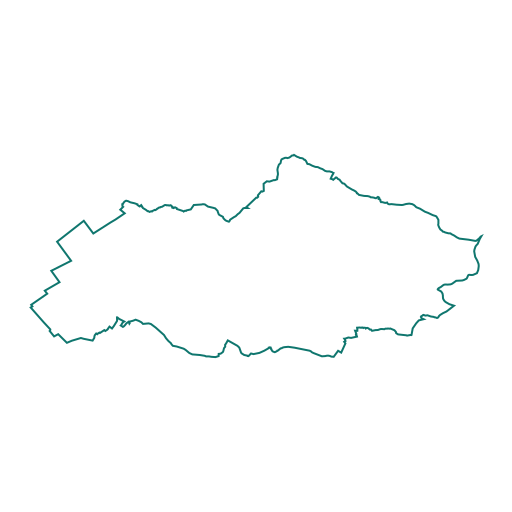 Frumoasa, Harghita, Romania (Equal Earth projection)
{"feature_id": "2599482B33040841725403", "entity_name": "Frumoasa", "entity_type": "district", "adm_level": 2, "iso_a3": "ROU", "parent_name": "Romania", "parent_adm1": "Harghita", "projection": "equal_earth", "projection_center": [25.919, 46.451], "detail": "fine", "context": "isolated", "style": "outline", "palette": "teal", "viewbox_px": 512, "rotation_deg": 0, "n_neighbors": 0, "source": "geoboundaries", "source_scale": "gbopen_adm2", "svg_char_len": 6095}
<svg xmlns="http://www.w3.org/2000/svg" viewBox="0 0 512 512"><path d="M66.9,342.8L71.9,340.7L80.9,338.0L83.7,338.8L92.6,340.6L94.2,338.0L94.4,337.1L94.4,336.4L94.8,335.2L96.2,333.5L97.3,334.2L98.2,333.3L99.4,332.6L99.9,333.0L104.3,330.1L105.3,331.0L107.0,329.9L107.8,329.2L107.8,328.9L109.5,326.6L112.0,328.5L113.8,326.1L117.0,321.0L117.1,320.5L117.0,317.4L117.4,317.4L119.1,318.9L124.2,321.5L123.1,322.2L122.4,323.0L121.2,325.1L120.8,325.5L122.9,326.9L123.9,326.3L125.3,324.8L126.4,323.3L128.7,321.7L129.4,323.6L129.6,323.3L129.4,323.0L129.2,322.1L130.5,321.4L133.1,320.7L135.6,319.7L138.8,320.9L141.4,322.3L143.0,323.9L148.6,323.4L150.9,324.0L155.7,327.6L164.0,335.0L166.0,338.2L168.3,340.9L171.0,343.3L171.3,344.0L172.8,345.8L176.7,346.5L183.7,348.7L185.6,349.9L189.3,353.0L192.3,354.4L199.8,355.0L204.7,355.8L206.1,356.4L209.0,356.4L211.3,356.8L215.5,357.1L218.6,356.1L218.7,353.9L220.6,353.7L222.8,352.1L223.3,351.1L224.0,348.2L225.2,346.7L225.1,344.8L226.0,343.6L227.8,340.4L237.4,345.8L239.1,347.4L239.4,347.9L241.1,352.7L241.7,353.4L244.2,355.0L247.2,355.6L247.5,356.0L248.5,356.1L251.0,353.5L253.5,354.1L259.4,352.9L264.3,350.7L268.8,348.1L268.8,347.6L269.8,347.3L270.5,347.5L270.4,347.9L270.9,348.2L271.0,349.0L271.5,349.3L271.7,350.2L272.4,351.1L273.1,351.6L274.8,352.2L275.9,351.7L277.5,350.8L277.5,350.6L278.0,350.5L280.6,348.4L281.8,348.2L282.4,347.7L284.1,347.2L288.2,346.8L294.6,347.7L309.6,350.7L310.9,351.3L311.8,352.2L313.4,353.0L321.9,356.3L325.1,356.1L326.9,355.7L328.6,355.7L330.0,356.0L331.3,356.6L333.7,356.8L338.1,350.8L341.2,352.6L345.4,343.4L344.2,341.8L345.5,341.0L344.9,339.6L344.3,338.7L345.3,338.6L348.3,337.5L351.1,337.9L357.0,336.6L356.9,336.1L355.9,334.9L355.9,334.3L356.4,334.0L355.1,330.7L357.3,330.8L357.4,329.9L357.1,327.7L359.9,327.5L361.1,327.8L361.4,327.6L362.4,327.5L363.2,328.0L363.6,327.7L364.0,327.8L364.4,327.7L365.7,327.9L365.9,328.4L366.4,328.0L367.5,327.9L368.7,328.5L368.9,328.8L369.4,329.1L369.9,329.6L370.9,329.5L372.0,330.8L375.6,330.1L377.9,330.0L380.4,329.1L381.7,329.0L384.4,329.2L385.3,328.7L387.3,328.7L387.8,328.5L389.8,328.7L390.3,328.5L394.4,330.2L395.9,331.9L396.2,333.2L398.1,334.4L406.4,335.3L407.0,335.6L410.4,335.0L411.3,335.1L411.5,335.0L412.7,328.4L416.2,323.3L418.8,320.4L423.6,319.2L421.6,318.3L420.9,316.9L421.2,316.3L422.5,315.6L423.1,315.0L423.6,314.9L425.3,315.6L427.5,315.3L430.9,316.5L433.8,316.9L434.4,317.3L435.5,317.4L437.0,318.0L437.5,317.8L438.2,317.4L439.1,315.9L440.2,314.9L443.1,313.1L446.5,311.5L454.0,305.7L449.4,304.2L445.9,302.2L445.0,301.5L444.1,300.5L443.1,298.7L442.9,296.9L442.9,295.6L442.5,293.5L441.2,291.5L437.8,289.6L437.7,289.3L438.2,288.6L439.1,287.9L440.7,287.1L443.3,285.1L444.1,284.7L445.2,284.5L447.6,284.6L450.3,284.4L451.6,284.0L452.6,283.4L456.2,280.8L462.2,280.5L463.9,280.0L466.5,278.7L467.0,278.0L468.0,275.7L468.4,275.1L469.1,274.8L471.2,275.0L473.0,274.9L476.9,273.2L478.2,270.1L478.7,266.5L478.7,265.1L478.5,263.8L477.2,260.5L475.2,256.9L474.2,251.4L474.4,249.8L475.5,246.5L476.3,245.4L477.7,243.9L479.8,238.9L481.3,236.3L480.7,236.6L479.3,238.3L476.8,240.4L476.1,240.8L475.3,240.9L468.6,239.7L459.4,238.6L456.9,237.4L454.1,235.5L451.5,234.2L450.5,233.4L448.4,233.3L445.0,232.4L444.1,231.9L443.2,231.7L442.8,231.6L442.2,230.8L440.4,229.5L439.2,227.5L438.3,225.3L438.2,224.5L438.4,223.7L438.4,219.9L437.7,218.6L436.4,216.5L435.8,216.1L432.7,215.1L428.1,212.9L424.9,211.7L420.0,208.7L416.7,207.4L415.8,206.8L415.1,206.0L413.9,205.0L412.2,204.1L409.2,203.6L406.1,204.0L402.9,204.9L401.7,205.0L396.5,204.7L391.5,204.1L389.4,204.3L388.5,204.1L387.6,203.5L387.1,202.5L385.6,202.9L384.7,202.8L382.2,202.1L381.0,202.1L380.5,201.3L380.4,200.8L380.5,200.2L379.9,199.5L379.4,199.3L379.7,199.1L379.5,198.8L378.7,198.6L378.1,197.4L378.5,197.2L378.2,197.0L377.9,196.9L376.1,198.2L375.3,198.2L374.1,197.7L372.6,197.4L370.7,197.3L369.7,196.6L367.7,196.1L364.0,195.9L359.0,194.9L357.8,193.7L356.9,193.3L356.9,192.8L355.7,191.5L353.7,190.3L352.1,189.6L346.9,186.5L344.8,184.2L343.8,183.5L342.5,183.3L340.4,180.9L339.6,179.7L338.0,179.0L336.7,177.6L336.0,177.4L333.2,179.8L332.6,179.3L330.7,178.7L332.1,175.5L333.1,174.0L333.5,173.0L333.1,172.9L331.9,172.1L329.5,171.4L326.9,171.4L325.1,170.9L322.5,169.1L320.2,168.3L317.8,167.1L315.4,166.9L312.2,165.7L309.4,164.2L307.4,163.9L306.0,161.0L305.0,159.9L304.5,159.9L303.9,159.5L303.4,158.8L302.0,158.2L299.7,157.9L298.9,157.4L296.9,156.7L294.0,154.9L293.4,155.4L292.0,155.5L290.3,156.9L289.2,157.6L287.4,158.1L286.4,157.8L285.1,157.8L282.2,159.0L281.5,159.5L281.0,160.7L280.6,162.9L280.4,163.3L278.9,164.6L277.7,168.0L277.4,169.9L277.9,173.2L277.9,174.7L277.5,176.3L277.4,177.4L277.2,177.4L277.1,179.3L274.8,180.2L273.8,180.1L269.5,181.6L266.8,181.3L263.6,183.8L263.8,190.9L262.4,191.6L261.3,191.3L257.9,195.3L258.2,196.7L257.2,197.7L256.3,197.6L246.3,207.1L247.6,208.0L244.4,208.0L243.2,208.4L239.5,212.9L237.7,214.2L235.7,216.2L234.0,217.1L230.1,219.7L229.7,220.8L228.9,221.7L226.3,220.8L225.1,220.0L223.5,218.4L222.9,216.8L219.3,214.9L218.7,214.2L217.8,211.8L217.6,210.9L215.2,208.4L213.2,207.8L208.0,206.6L204.8,204.4L202.9,204.2L201.5,204.5L193.8,205.0L190.8,209.4L186.5,210.4L186.0,210.9L185.1,210.7L183.7,211.5L183.5,211.2L176.9,209.0L176.7,208.1L175.0,207.3L173.6,208.1L172.4,207.7L172.6,206.9L172.1,206.5L171.7,206.5L171.3,205.6L170.3,205.2L169.1,205.6L168.0,205.2L166.9,205.4L165.9,205.0L164.7,205.1L162.2,206.7L160.4,207.1L160.2,207.4L158.7,207.7L157.6,208.6L157.0,208.8L156.8,209.2L155.4,210.1L154.5,209.9L153.8,210.4L152.1,211.1L151.9,211.5L151.1,211.3L149.5,211.9L148.2,211.1L147.6,211.2L146.0,209.9L142.9,208.0L142.2,206.6L141.6,206.6L141.4,206.0L141.5,205.6L141.2,205.1L139.5,206.4L137.4,204.9L137.4,204.3L134.6,203.3L130.3,202.3L128.1,201.2L126.1,200.7L124.5,201.6L123.0,203.6L122.8,204.3L122.3,204.3L122.4,206.0L122.7,206.6L123.1,206.9L120.3,209.7L124.7,213.3L115.4,219.6L110.5,222.5L93.3,233.5L83.8,220.8L57.1,241.7L71.1,260.8L51.3,270.8L59.5,282.2L44.8,290.7L47.2,293.7L31.2,304.8L32.4,306.4L30.7,307.5L43.8,322.4L50.3,329.4L50.1,330.6L49.7,331.0L54.1,336.4L58.2,334.2L66.9,342.8Z" fill="none" stroke="#0f766e" stroke-width="2"/></svg>